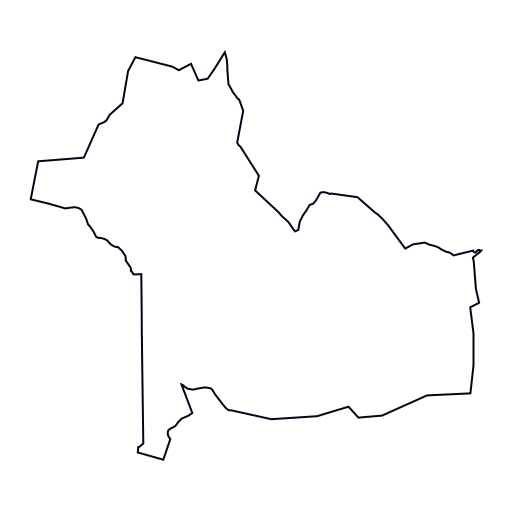 Santa Catarina Zapoquila, Oaxaca, Mexico (Mercator projection)
{"feature_id": "50627088B71795899371071", "entity_name": "Santa Catarina Zapoquila", "entity_type": "district", "adm_level": 2, "iso_a3": "MEX", "parent_name": "Mexico", "parent_adm1": "Oaxaca", "projection": "mercator", "projection_center": [-97.553, 18.025], "detail": "fine", "context": "isolated", "style": "outline", "palette": "ink", "viewbox_px": 512, "rotation_deg": 0, "n_neighbors": 0, "source": "geoboundaries", "source_scale": "gbopen_adm2", "svg_char_len": 2463}
<svg xmlns="http://www.w3.org/2000/svg" viewBox="0 0 512 512"><path d="M163.3,459.7L170.3,439.1L168.4,436.3L167.8,434.2L167.8,432.0L168.4,430.2L170.3,428.7L175.3,426.1L178.3,422.0L181.7,418.6L185.1,417.1L188.3,415.8L192.3,413.0L181.5,384.5L183.1,385.2L185.0,387.0L187.7,388.7L189.5,389.0L191.6,389.5L193.8,389.5L197.0,388.7L204.8,387.4L208.0,387.8L210.8,388.4L212.3,389.8L213.8,392.2L214.9,394.1L223.4,405.2L225.4,407.5L225.6,407.8L226.8,408.9L228.9,410.3L231.2,410.3L271.3,419.2L317.1,416.2L348.5,406.7L358.4,417.6L382.1,415.6L402.5,406.4L427.0,395.4L469.8,393.4L470.4,393.3L473.5,365.5L473.5,333.5L470.2,307.3L479.1,302.8L475.9,288.8L473.8,262.0L472.9,257.6L480.8,251.2L481.2,250.8L481.3,250.5L480.8,250.6L480.0,250.6L479.6,250.4L479.3,250.0L478.7,250.0L478.6,249.9L478.2,250.0L477.6,250.4L477.3,250.6L477.0,250.8L476.9,251.1L476.5,251.4L476.3,251.8L475.9,252.1L475.5,252.4L475.2,252.4L474.8,252.4L474.4,252.3L473.9,252.0L473.7,251.8L473.5,251.5L473.2,251.2L473.2,250.9L473.1,250.6L453.6,255.4L451.6,253.8L449.2,252.4L446.2,251.8L443.2,250.3L441.1,249.3L438.9,247.7L436.9,246.8L433.9,245.8L429.2,244.6L424.8,242.6L412.9,244.4L405.2,248.6L388.1,225.3L382.1,218.5L377.5,214.2L375.4,212.9L357.5,197.2L331.1,193.5L330.1,194.1L326.9,192.8L323.6,192.1L320.4,192.6L318.8,195.4L317.2,198.3L315.3,201.3L313.1,203.7L309.7,204.9L306.2,210.7L302.8,215.6L299.8,221.6L298.3,229.9L295.0,231.4L293.0,228.7L291.4,226.4L288.6,222.3L285.5,219.3L282.4,216.7L280.6,214.7L278.3,212.0L255.1,190.4L258.9,175.8L240.5,146.8L238.4,144.9L237.2,142.5L243.2,110.8L239.6,100.7L239.1,99.6L237.9,98.7L236.5,97.0L235.7,95.8L234.8,94.7L233.4,92.9L232.3,91.2L231.7,89.8L228.5,84.3L227.5,71.8L227.3,68.1L227.3,64.9L227.0,62.6L226.8,59.4L224.8,52.3L214.7,68.5L207.7,78.7L198.4,80.5L191.0,63.8L178.8,70.2L172.2,66.6L135.4,57.2L128.1,71.0L122.6,103.2L109.7,114.8L106.7,120.0L104.6,121.9L98.6,124.5L83.9,157.6L78.2,158.1L38.2,161.3L30.7,199.3L48.4,203.6L65.3,208.4L70.9,207.6L75.0,207.2L78.5,208.0L81.6,209.8L86.2,218.8L88.0,224.3L89.5,225.9L93.4,231.3L96.1,236.8L98.0,237.8L101.0,238.0L104.9,239.1L107.3,240.6L110.7,244.3L112.5,245.4L114.8,246.7L118.1,247.2L121.9,250.7L125.3,255.8L125.7,257.6L125.7,260.5L128.6,264.6L130.8,268.1L131.2,270.0L130.8,270.6L131.1,271.2L132.2,272.1L133.5,274.4L141.3,274.2L141.6,302.0L141.7,310.3L141.8,331.8L141.8,333.5L141.9,338.5L142.1,355.8L142.8,406.4L143.3,443.5L139.3,446.9L138.2,447.1L137.8,452.5L163.3,459.7Z" fill="none" stroke="#020617" stroke-width="2"/></svg>